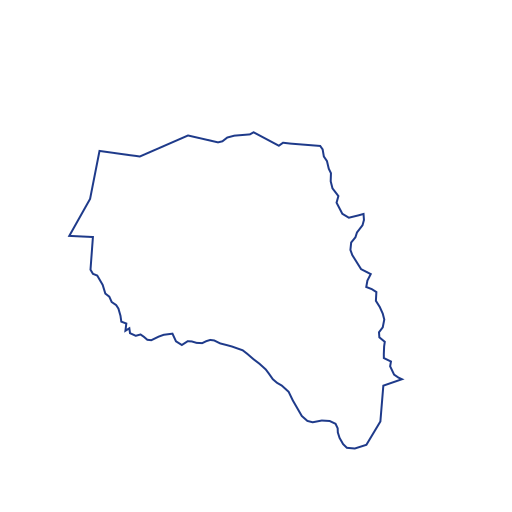 Jardim do Seridó, Rio Grande do Norte, Brazil, rotated 208°
{"feature_id": "56859067B35401844693268", "entity_name": "Jardim do Seridó", "entity_type": "district", "adm_level": 2, "iso_a3": "BRA", "parent_name": "Brazil", "parent_adm1": "Rio Grande do Norte", "projection": "robinson", "projection_center": [-36.831, -6.598], "detail": "fine", "context": "isolated", "style": "outline", "palette": "blue", "viewbox_px": 512, "rotation_deg": 208, "n_neighbors": 0, "source": "geoboundaries", "source_scale": "gbopen_adm2", "svg_char_len": 1628}
<svg xmlns="http://www.w3.org/2000/svg" viewBox="0 0 512 512"><g transform="rotate(208 256 256)"><path d="M321.1,132.5L317.0,132.0L312.6,131.0L308.9,132.5L304.1,139.1L300.5,143.1L293.3,148.2L286.6,143.1L279.7,142.6L276.3,148.7L272.6,150.4L267.7,151.4L262.6,153.8L259.9,157.5L257.0,160.4L253.3,161.8L246.6,162.0L239.6,163.7L234.7,164.8L228.0,165.8L223.5,166.5L217.7,165.5L209.8,163.7L202.4,162.5L194.1,160.4L189.6,158.3L183.3,155.1L177.9,153.9L172.4,153.7L163.4,151.4L155.6,145.7L140.4,136.2L133.2,134.5L127.9,135.8L120.7,141.6L113.5,144.9L107.0,145.2L103.0,142.2L100.9,138.6L96.8,134.6L90.8,130.8L85.7,129.3L78.4,132.4L69.9,141.1L68.5,168.3L82.7,201.3L69.3,215.7L73.2,215.5L78.4,216.1L85.8,221.6L87.3,226.2L95.2,225.9L97.2,229.6L100.5,236.5L102.0,240.7L108.9,242.1L111.6,246.4L110.6,252.5L112.9,260.1L117.0,264.6L122.8,269.1L129.1,272.7L132.8,280.7L138.3,281.1L144.1,280.4L146.1,286.6L146.2,293.9L157.0,293.7L171.4,302.0L175.5,305.7L178.3,312.6L177.0,319.2L177.9,324.2L176.4,333.2L177.6,338.5L180.8,343.6L184.8,339.8L192.0,333.4L199.6,333.8L209.9,340.9L211.4,347.6L220.2,351.6L225.1,357.0L228.7,364.3L232.7,367.2L237.9,373.1L242.8,375.7L247.2,381.4L251.0,383.3L278.4,371.4L285.3,368.7L287.6,364.1L316.2,364.1L318.5,360.5L331.6,352.1L337.0,347.1L339.5,341.5L342.9,338.5L372.6,330.5L405.3,289.3L409.5,287.8L414.7,285.8L443.5,275.3L429.3,228.5L430.3,186.1L408.9,196.2L395.7,166.2L391.6,163.7L387.0,164.2L377.8,158.5L371.4,152.1L366.4,151.2L361.8,147.6L356.4,147.0L352.8,145.0L347.6,139.6L344.1,134.8L338.8,135.5L336.2,128.7L333.9,132.7L331.0,128.7L324.7,129.1L321.1,132.5Z" fill="none" stroke="#1e3a8a" stroke-width="2"/></g></svg>